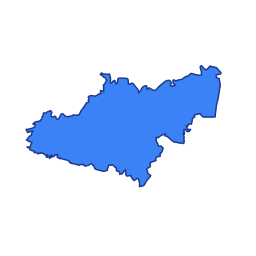 the district of Kota Banjar, Jawa Barat, Indonesia, rotated 348°
{"feature_id": "22746128B64728543729693", "entity_name": "Kota Banjar", "entity_type": "district", "adm_level": 2, "iso_a3": "IDN", "parent_name": "Indonesia", "parent_adm1": "Jawa Barat", "projection": "orthographic", "projection_center": [108.553, -7.381], "detail": "fine", "context": "isolated", "style": "filled", "palette": "blue", "viewbox_px": 256, "rotation_deg": 348, "n_neighbors": 0, "source": "geoboundaries", "source_scale": "gbopen_adm2", "svg_char_len": 5777}
<svg xmlns="http://www.w3.org/2000/svg" viewBox="0 0 256 256"><g transform="rotate(348 128 128)"><path d="M227.4,98.7L225.9,97.8L225.1,96.8L224.9,95.8L225.2,94.9L226.0,94.4L229.4,94.4L230.2,93.9L230.5,93.5L230.4,93.0L228.4,90.0L227.3,87.7L226.0,86.8L222.7,85.4L221.3,84.5L220.1,85.1L218.1,86.7L216.7,87.2L216.2,87.2L215.3,86.5L213.0,82.6L212.5,82.4L211.8,82.7L211.4,83.1L211.2,83.8L211.5,88.2L211.1,90.4L210.8,91.2L210.4,91.5L209.5,91.5L208.8,91.3L205.7,90.1L201.5,87.8L200.4,87.9L198.7,89.0L197.7,89.4L193.8,90.1L191.4,91.5L190.7,91.6L187.2,91.5L185.6,91.8L184.1,91.5L183.2,90.7L182.4,90.4L182.1,90.6L181.7,91.4L181.5,93.1L181.6,93.8L182.9,95.3L183.0,95.6L182.7,96.0L182.3,96.1L181.3,96.2L179.9,96.1L178.6,95.8L178.4,95.6L178.4,94.9L179.4,93.7L179.6,93.0L179.5,91.7L178.6,90.2L178.0,89.9L175.9,89.7L174.2,90.1L169.9,92.2L166.6,94.1L163.5,96.5L162.3,96.7L160.8,96.4L159.4,95.4L157.6,93.5L157.0,93.2L156.4,93.3L155.7,94.2L155.3,94.2L154.9,94.0L154.8,93.0L155.1,91.2L155.0,90.8L154.4,90.5L153.6,90.3L152.0,90.6L149.9,91.8L149.2,92.5L148.0,94.2L146.0,95.8L146.0,93.9L145.6,92.3L142.3,85.8L141.7,85.2L141.2,85.0L138.4,85.4L137.8,85.2L137.7,84.9L138.1,81.3L138.1,80.4L137.7,79.6L137.0,79.2L133.2,78.1L129.6,77.4L128.9,77.5L128.2,78.0L127.4,80.9L126.7,82.0L126.2,82.3L125.8,82.3L125.5,82.1L125.2,79.6L124.6,78.6L123.5,78.9L121.7,80.1L120.5,80.5L120.2,80.4L120.1,79.6L121.0,76.8L121.3,75.0L121.1,71.4L120.2,71.5L115.3,70.1L113.1,68.3L113.2,68.5L113.2,69.3L112.3,69.6L112.1,70.2L113.4,70.9L114.9,73.3L115.9,73.9L117.1,76.8L114.0,80.4L112.8,80.9L112.7,83.3L112.1,84.9L112.0,86.8L111.7,87.5L111.0,86.7L108.9,85.7L108.3,88.2L108.6,88.3L108.5,88.9L107.1,88.7L106.1,88.8L104.0,89.8L102.3,90.0L99.4,88.8L98.6,88.6L96.7,88.8L95.8,89.3L95.6,89.5L95.8,91.2L94.8,92.8L95.2,93.9L94.9,94.6L93.0,94.7L92.2,95.0L91.4,96.4L90.5,96.8L90.4,97.1L90.0,97.3L89.5,98.4L89.1,98.3L88.1,99.4L87.5,99.7L85.9,101.1L82.9,104.9L80.7,104.9L77.1,103.9L75.5,104.6L73.8,104.3L72.9,104.6L71.3,104.4L68.7,103.1L68.1,101.7L67.5,100.9L66.7,100.4L65.9,100.4L65.1,100.8L63.7,102.8L62.0,104.6L61.2,104.9L60.9,104.8L60.3,104.4L59.7,103.5L59.6,103.2L59.8,102.3L59.5,101.6L58.6,101.2L57.4,101.5L56.3,101.5L55.8,101.3L55.3,100.6L55.2,99.9L56.7,97.0L56.5,96.0L56.0,95.0L55.1,95.0L54.1,95.3L52.4,95.5L52.0,95.6L50.9,96.4L48.8,95.7L48.3,96.1L47.4,98.5L46.3,99.1L46.0,100.8L44.4,101.9L43.8,102.6L43.3,102.8L38.7,102.8L36.2,103.9L36.0,104.2L36.1,104.6L36.7,104.9L37.9,105.1L38.0,105.5L37.8,106.2L36.3,107.7L35.7,108.0L34.2,108.3L32.1,108.3L30.8,108.4L30.3,108.8L28.5,108.1L28.1,108.4L28.1,109.1L29.0,111.5L33.8,111.0L34.1,111.1L34.2,111.4L34.2,111.6L32.6,113.2L32.1,114.8L29.5,115.8L28.3,117.0L26.3,118.7L28.3,120.5L31.0,122.1L30.3,122.8L28.2,126.4L26.3,125.7L25.5,125.7L25.7,126.2L27.3,127.2L27.7,128.5L27.7,129.2L28.4,129.3L29.4,130.3L31.1,130.9L31.4,131.4L31.2,132.4L31.3,132.7L33.2,132.7L33.7,133.4L33.9,134.0L34.9,134.6L35.5,134.1L36.1,134.2L36.7,134.5L37.5,134.2L37.9,134.5L38.5,134.4L39.1,134.9L40.0,135.1L40.3,136.0L41.3,136.7L41.5,137.1L41.8,137.2L42.3,138.1L42.2,139.5L42.6,139.9L43.1,139.7L43.7,139.0L43.2,137.7L43.4,137.5L44.2,139.0L44.8,139.4L44.7,140.8L44.9,141.3L45.1,141.3L45.8,140.8L47.6,140.6L47.7,139.7L47.0,139.8L46.5,139.6L46.7,139.0L47.2,138.7L47.6,138.9L48.4,139.8L49.5,140.4L49.8,140.3L50.9,139.1L51.7,139.4L52.0,139.7L52.6,139.2L53.0,139.2L53.4,139.8L53.5,140.3L52.8,141.9L53.0,142.4L53.9,142.7L55.0,143.9L55.2,144.0L56.1,143.5L56.5,144.1L62.2,147.0L63.3,148.2L64.0,149.9L64.7,149.9L65.1,150.3L65.3,150.5L65.2,150.8L65.5,150.9L70.1,152.9L71.1,153.7L72.3,154.1L72.9,154.1L73.5,153.8L74.0,154.0L74.8,153.9L76.3,154.5L77.1,154.2L77.3,154.6L77.2,155.4L78.3,156.4L79.3,156.5L80.5,156.1L81.8,156.2L84.1,155.3L85.2,155.5L85.9,157.4L86.7,157.7L87.1,160.9L88.6,162.1L94.9,165.2L96.3,165.4L98.7,165.1L98.6,164.9L99.8,163.2L101.4,160.4L101.9,160.3L103.3,160.8L105.3,161.0L106.7,162.6L107.1,163.7L108.1,164.5L108.2,166.1L107.8,166.9L107.9,167.4L108.7,168.2L109.9,168.5L110.2,168.9L110.6,169.7L110.3,171.4L110.9,171.6L112.8,171.6L114.8,169.8L115.7,168.8L116.6,168.4L116.7,169.7L116.2,173.0L116.4,174.2L116.7,174.6L117.5,174.8L120.7,175.0L121.5,178.1L121.9,179.0L123.1,180.7L124.0,180.2L125.1,179.9L126.1,179.3L126.7,179.3L127.6,179.7L127.8,180.6L127.7,181.3L127.9,184.0L127.1,187.7L128.1,187.5L129.4,187.7L130.8,187.7L131.8,187.3L135.4,183.3L139.5,180.2L140.3,179.2L137.9,176.3L137.9,175.4L138.1,173.9L137.7,173.2L137.6,172.7L137.6,172.4L138.3,171.7L138.7,171.4L140.0,171.2L140.4,170.9L141.3,170.6L142.0,169.8L142.2,166.7L142.8,166.7L145.0,166.0L147.2,166.0L147.6,165.7L148.6,165.5L148.6,164.1L149.1,163.4L149.1,163.0L149.5,162.6L151.9,162.1L153.3,162.5L154.0,161.4L153.7,160.0L154.9,159.3L154.9,159.1L155.4,159.1L155.8,158.9L157.7,155.9L158.1,155.1L158.0,154.5L157.4,153.7L156.3,152.4L155.4,152.4L154.3,152.0L153.9,151.3L153.8,149.2L153.3,148.2L153.0,146.2L153.5,143.2L153.9,143.0L155.2,143.8L159.0,142.1L160.9,141.8L163.2,141.8L162.4,143.2L163.9,144.0L165.4,145.3L167.9,148.9L168.6,149.8L169.5,150.3L170.5,151.7L171.4,151.6L172.0,151.8L173.8,152.8L175.8,153.6L177.4,153.9L179.2,154.7L180.1,153.0L180.1,152.3L180.4,152.1L180.2,151.7L180.3,150.5L180.9,149.1L181.0,146.5L180.8,145.3L181.1,144.7L181.8,145.5L182.3,144.4L181.9,142.8L182.3,141.3L182.5,141.1L182.8,141.3L183.2,141.2L184.8,143.2L184.9,143.6L185.3,143.8L186.6,143.7L186.8,144.1L187.1,144.1L187.6,143.7L187.5,142.9L188.6,142.8L188.8,142.5L186.0,141.6L185.5,138.3L186.7,138.6L187.1,138.4L188.0,136.8L190.8,137.3L191.8,135.5L192.7,132.9L193.7,131.5L194.5,131.4L195.6,130.9L195.4,129.4L194.9,129.3L198.2,128.9L199.3,129.0L201.4,128.9L202.1,130.4L203.8,132.9L213.6,135.0L215.6,135.1L216.3,132.4L216.9,131.0L219.1,124.5L222.4,117.5L225.6,109.3L225.9,107.8L226.5,107.2L226.9,106.3L227.2,104.8L227.4,98.7Z" fill="#3b82f6" stroke="#1e3a8a" stroke-width="1.5"/></g></svg>